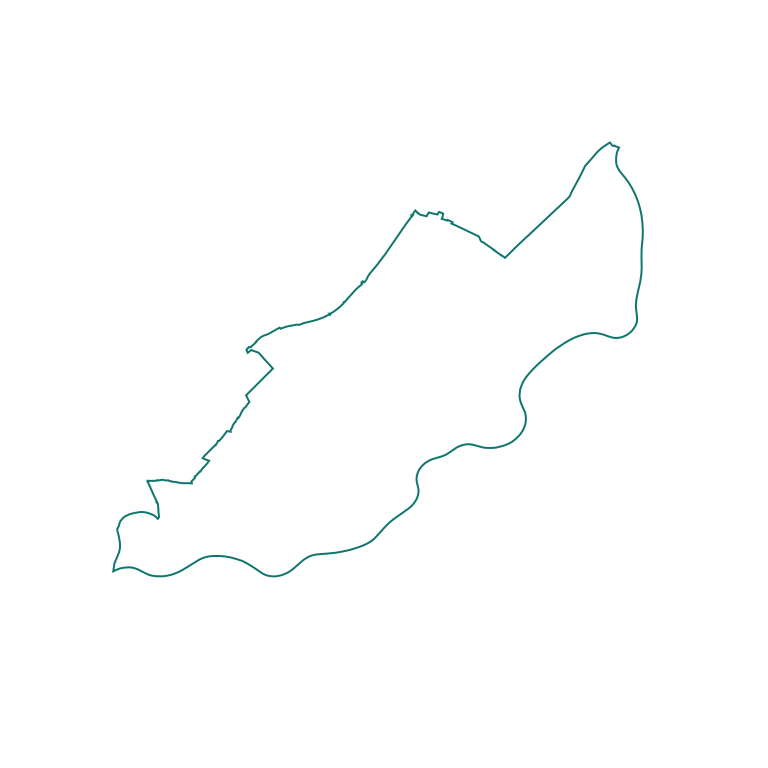 outline of Oss, Noord-Brabant, Netherlands, rotated 144°
{"feature_id": "6326949B89866166978709", "entity_name": "Oss", "entity_type": "district", "adm_level": 2, "iso_a3": "NLD", "parent_name": "Netherlands", "parent_adm1": "Noord-Brabant", "projection": "robinson", "projection_center": [5.54, 51.778], "detail": "fine", "context": "isolated", "style": "outline", "palette": "teal", "viewbox_px": 768, "rotation_deg": 144, "n_neighbors": 0, "source": "geoboundaries", "source_scale": "gbopen_adm2", "svg_char_len": 5980}
<svg xmlns="http://www.w3.org/2000/svg" viewBox="0 0 768 768"><g transform="rotate(144 384 384)"><path d="M54.9,437.1L57.2,440.7L57.3,441.4L58.3,441.5L58.8,442.1L59.1,442.6L59.2,443.1L59.2,444.1L59.3,444.8L59.3,446.5L60.3,446.7L69.1,447.0L73.8,446.5L77.4,445.8L84.7,444.0L92.3,442.4L93.2,442.1L103.9,436.5L120.1,428.7L122.9,426.9L124.4,426.4L127.2,426.0L181.7,419.1L182.0,419.2L182.9,419.1L197.7,417.1L207.4,415.6L211.3,415.1L211.9,414.9L213.1,418.7L213.3,418.6L216.4,427.7L216.1,427.7L219.5,437.3L220.2,439.6L221.4,441.8L221.5,442.1L221.5,443.2L220.6,447.0L220.5,447.4L220.8,448.0L227.6,460.6L229.1,463.5L229.3,463.7L233.6,471.6L235.0,473.9L234.9,473.9L234.5,474.0L233.4,474.6L236.1,479.3L236.8,479.0L240.2,483.7L238.3,484.8L236.0,487.1L238.2,490.8L238.4,490.8L241.1,489.7L244.3,493.2L246.9,496.4L247.1,496.4L251.0,494.7L255.1,499.6L255.5,500.6L256.1,501.9L255.9,501.9L256.7,506.0L259.7,505.0L260.3,504.6L260.8,503.9L261.0,504.1L262.1,503.8L262.3,504.0L262.5,504.1L262.5,503.4L262.9,503.4L262.9,504.0L263.0,503.9L263.0,503.7L263.3,503.5L263.2,503.2L263.4,503.2L263.5,503.3L266.9,502.1L269.6,501.3L277.0,498.8L306.4,488.4L318.4,484.8L323.5,483.4L329.8,481.9L331.7,481.3L334.1,480.3L336.8,478.8L338.0,478.4L339.3,478.1L340.5,477.9L340.7,478.3L341.0,479.7L342.7,479.3L343.0,477.7L347.8,477.4L351.7,476.9L359.3,475.3L367.9,473.4L368.3,473.9L368.6,473.8L368.7,473.3L370.2,472.9L373.7,472.4L376.4,472.2L381.7,472.1L386.0,472.4L386.3,472.6L386.1,472.0L386.9,471.7L387.0,472.3L387.1,472.2L387.2,472.4L393.9,473.5L399.0,474.9L403.9,476.6L413.2,480.5L417.0,481.4L417.9,481.8L419.4,483.1L420.5,483.7L427.2,486.9L430.5,488.2L435.2,489.5L435.2,490.9L438.6,491.4L440.0,491.5L447.8,492.4L450.3,493.0L453.1,493.9L455.5,494.2L456.9,494.2L459.1,493.9L460.2,493.9L462.5,493.5L462.4,493.2L463.5,492.9L468.0,492.4L468.8,492.4L470.0,492.1L470.5,492.1L471.3,493.2L471.6,493.3L473.2,492.9L473.3,493.0L473.8,492.9L473.7,492.7L475.1,492.4L475.0,492.2L475.3,492.0L475.6,491.2L475.9,489.3L471.5,489.5L467.0,483.0L466.1,473.6L464.8,461.8L502.2,455.9L503.5,448.5L506.4,447.8L510.0,446.6L511.2,446.7L513.3,446.1L516.7,444.5L519.2,443.0L521.9,442.1L522.1,442.7L526.4,440.7L526.7,440.5L527.4,440.6L530.5,439.5L531.7,438.5L532.9,437.8L533.3,437.6L534.4,437.4L535.0,436.9L535.8,436.0L536.1,435.5L538.7,438.2L545.3,436.1L546.5,435.8L551.0,434.9L551.8,435.5L552.1,435.2L556.2,433.4L556.3,433.8L572.0,431.3L574.3,430.5L572.6,427.7L570.6,424.7L573.5,423.7L576.6,423.0L580.2,422.5L584.0,421.1L584.2,421.5L584.6,421.5L589.5,420.3L591.1,420.4L591.7,420.3L591.9,420.1L592.2,419.1L596.3,418.5L597.2,418.1L597.2,417.7L597.8,417.2L597.7,416.7L597.9,416.5L600.5,418.7L605.1,422.0L606.8,423.7L608.5,425.2L609.8,426.9L610.7,427.7L612.1,428.8L613.0,429.9L613.3,430.2L613.2,430.2L613.3,430.4L613.5,430.4L614.1,431.0L614.8,432.3L615.1,432.8L617.4,434.4L618.2,435.2L619.2,436.5L620.7,437.4L623.4,438.7L623.6,439.1L624.1,439.6L624.4,439.6L624.3,439.2L625.0,439.5L629.8,442.8L632.2,444.7L632.9,443.7L632.7,443.1L635.4,430.5L636.2,426.4L637.2,421.0L637.5,421.3L637.5,421.1L637.3,420.9L637.2,420.5L640.0,415.4L641.5,413.4L643.5,409.8L644.0,408.7L646.2,407.9L646.6,410.1L647.3,412.8L648.0,414.2L648.8,415.5L649.4,416.3L650.6,418.2L651.8,419.7L653.2,421.1L655.9,423.4L660.8,425.9L665.0,427.7L666.9,428.3L671.2,429.1L673.1,429.1L675.6,428.6L678.3,427.8L680.6,426.2L682.5,424.7L685.1,423.5L686.2,421.4L687.3,418.5L688.7,415.3L690.6,411.5L692.2,408.9L694.3,406.2L696.0,404.7L697.7,403.3L701.5,400.9L707.4,397.4L713.1,391.6L708.7,390.7L706.0,389.9L703.4,388.8L700.7,387.3L698.1,385.6L696.6,384.4L694.6,382.3L692.8,379.8L691.8,378.1L687.5,369.7L686.2,367.6L684.5,365.5L682.2,363.2L679.9,361.3L676.9,359.1L674.2,357.4L671.5,356.1L668.9,355.0L666.2,354.0L660.9,352.7L655.6,351.9L636.9,350.5L634.2,350.0L631.6,349.3L628.9,348.3L626.3,347.1L623.6,345.4L619.2,342.3L616.6,340.2L614.2,338.1L610.1,333.9L606.7,329.7L603.6,325.5L602.3,323.5L600.2,319.3L597.6,313.0L593.8,302.5L592.8,300.4L591.5,298.3L589.7,296.2L587.5,294.1L585.9,292.9L583.8,291.6L581.1,290.3L578.5,289.3L575.8,288.6L573.2,288.1L570.5,287.8L565.2,287.9L554.5,288.9L551.8,289.0L549.1,288.8L546.5,288.5L543.8,287.9L541.2,286.9L538.5,285.6L527.8,279.1L522.5,276.0L517.2,273.4L511.9,271.0L509.2,269.9L506.5,268.9L501.2,267.1L495.9,265.7L493.2,265.1L490.5,264.7L487.9,264.4L485.2,264.4L482.5,264.6L479.9,265.1L466.5,267.9L461.2,268.7L455.9,269.0L436.7,268.8L432.3,269.3L428.7,270.3L426.0,271.4L423.7,272.7L421.7,274.2L419.8,276.1L418.6,277.6L417.7,279.1L415.1,285.4L413.9,287.5L412.2,289.6L410.4,291.2L407.8,293.0L405.1,294.3L402.4,295.1L399.8,295.6L397.1,295.8L394.4,295.7L391.8,295.4L389.1,294.8L381.1,291.9L378.4,291.1L375.8,290.5L373.1,290.2L362.4,289.9L359.8,289.4L357.1,288.7L354.4,287.6L351.8,286.1L350.6,285.3L348.3,283.2L341.5,274.8L339.4,272.7L336.7,270.6L333.8,268.5L330.5,266.6L325.2,264.4L322.5,263.5L319.8,262.8L317.2,262.3L314.5,262.0L311.8,262.0L309.2,262.2L306.5,262.6L303.8,263.1L301.2,264.0L298.5,265.1L296.1,266.4L293.2,268.5L291.1,270.6L289.5,272.7L288.1,274.8L287.1,276.8L286.4,278.9L284.6,287.3L284.0,289.4L283.1,291.5L282.1,293.6L280.6,295.7L278.8,297.7L277.1,299.5L274.4,301.5L271.7,303.1L269.1,304.5L266.4,305.5L263.7,306.4L261.1,307.1L255.7,308.2L250.4,309.1L245.1,309.8L234.4,310.8L229.0,311.2L223.7,311.4L218.4,311.2L213.0,311.0L207.7,310.4L202.4,309.5L197.0,308.0L191.7,306.1L189.1,304.8L186.4,303.3L183.7,301.5L181.1,299.2L177.9,295.6L173.5,289.3L171.8,287.2L169.6,285.1L167.7,283.9L165.1,282.5L162.4,281.6L159.7,281.1L157.1,280.9L154.4,281.0L151.7,281.4L149.1,282.2L146.4,283.3L143.7,284.9L141.5,287.2L140.0,289.3L135.3,297.7L133.8,299.8L130.3,303.9L125.8,308.1L116.2,316.5L112.1,320.7L110.2,322.8L107.0,326.9L101.1,335.3L96.4,341.6L89.1,349.9L87.4,352.0L84.3,356.2L80.2,362.5L76.7,368.8L73.9,375.0L71.6,381.3L70.4,385.5L69.4,389.7L68.3,396.0L67.9,400.1L67.7,404.3L67.7,408.5L68.2,416.9L68.1,419.0L67.9,421.0L67.5,423.1L66.8,425.2L65.6,427.3L64.1,429.4L62.4,431.5L60.3,433.6L58.3,435.2L54.9,437.1Z" fill="none" stroke="#0f766e" stroke-width="2"/></g></svg>